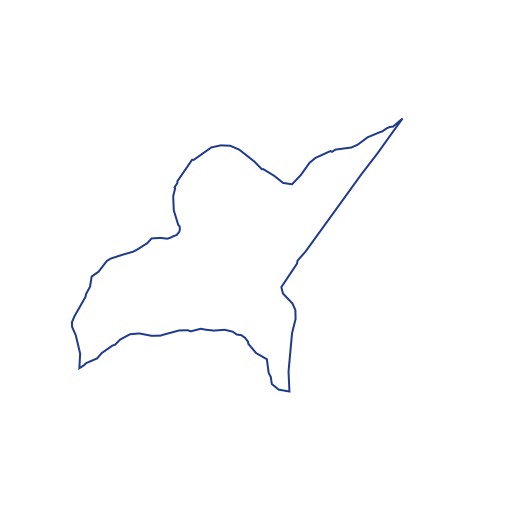 outline of Antigua Guatemala, Sacatepéquez, Guatemala, rotated 220°
{"feature_id": "79465075B72939253081387", "entity_name": "Antigua Guatemala", "entity_type": "district", "adm_level": 2, "iso_a3": "GTM", "parent_name": "Guatemala", "parent_adm1": "Sacatepéquez", "projection": "robinson", "projection_center": [-90.724, 14.538], "detail": "fine", "context": "isolated", "style": "outline", "palette": "blue", "viewbox_px": 512, "rotation_deg": 220, "n_neighbors": 0, "source": "geoboundaries", "source_scale": "gbopen_adm2", "svg_char_len": 1461}
<svg xmlns="http://www.w3.org/2000/svg" viewBox="0 0 512 512"><g transform="rotate(220 256 256)"><path d="M368.7,134.7L363.4,125.8L361.8,117.8L360.3,115.0L356.4,93.4L354.4,86.9L351.3,83.5L343.1,79.4L334.7,73.2L327.9,68.1L319.2,56.5L317.6,61.5L317.2,64.9L311.9,75.4L311.8,82.5L308.5,94.8L306.9,97.6L306.4,104.6L302.2,115.1L295.7,121.6L284.6,127.8L278.1,133.5L275.8,137.0L267.0,149.6L260.5,155.3L257.6,156.3L251.5,164.8L247.0,167.3L240.3,171.8L232.6,179.3L225.3,183.0L220.2,183.5L216.4,185.9L211.9,186.3L206.9,185.2L205.4,183.8L193.5,181.7L181.3,183.9L171.2,174.6L167.0,172.9L161.6,168.1L152.7,168.2L143.3,173.7L156.9,188.5L178.8,220.1L185.2,233.2L191.0,239.8L197.3,243.0L211.3,244.6L216.6,248.5L219.7,276.6L221.2,279.2L220.9,291.3L227.8,386.4L228.9,412.7L231.0,439.7L232.1,455.5L234.2,443.2L236.5,440.8L237.9,437.9L239.0,433.9L239.5,432.1L240.3,431.3L246.8,418.7L249.7,406.5L252.7,400.4L263.6,388.5L264.7,384.7L266.5,384.1L273.5,369.4L274.9,361.7L273.7,346.8L274.5,334.1L282.2,329.4L293.7,329.1L306.3,327.2L307.2,326.2L318.0,327.3L337.2,326.7L346.6,323.9L354.0,318.2L360.0,310.5L365.5,289.6L366.8,288.6L364.3,262.9L363.1,261.2L362.6,256.3L361.5,256.0L357.9,248.6L348.3,238.1L335.5,229.8L333.7,229.7L331.5,227.6L330.3,225.3L330.3,221.0L332.0,218.1L333.2,215.2L335.0,212.3L340.9,208.4L347.3,202.3L347.5,196.0L349.4,190.1L351.3,184.1L352.9,180.3L359.3,170.8L365.6,160.7L367.1,156.3L366.5,142.8L368.7,134.7Z" fill="none" stroke="#1e3a8a" stroke-width="2"/></g></svg>